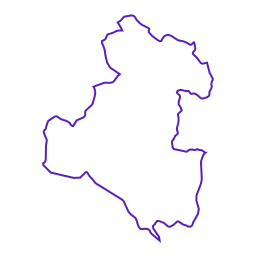 outline of Karlovacka
{"feature_id": "HRV-1583", "entity_name": "Karlovacka", "entity_type": "County", "adm_level": 1, "iso_a3": "HRV", "parent_name": "Croatia", "parent_adm1": "", "projection": "orthographic", "projection_center": [15.498, 45.287], "detail": "fine", "context": "isolated", "style": "outline", "palette": "violet", "viewbox_px": 256, "rotation_deg": 0, "n_neighbors": 0, "source": "natural_earth", "source_scale": "10m", "svg_char_len": 3503}
<svg xmlns="http://www.w3.org/2000/svg" viewBox="0 0 256 256"><path d="M205.4,152.8L203.4,154.7L201.2,160.7L201.0,162.8L201.8,179.2L201.0,183.5L196.5,195.4L196.4,200.6L198.8,208.9L198.0,213.8L193.2,222.3L192.3,225.2L192.2,225.3L190.6,226.6L189.3,226.6L187.9,226.5L187.0,225.8L186.3,225.5L183.4,224.7L178.9,221.7L177.9,221.4L177.1,221.6L173.5,224.9L172.3,225.6L169.7,226.8L168.1,226.5L163.9,222.9L159.7,221.3L158.0,220.9L156.8,221.2L154.9,224.1L154.3,224.7L153.8,225.2L153.3,225.7L153.0,226.2L153.0,227.1L153.3,228.3L154.0,229.6L159.0,236.8L159.6,240.6L152.0,234.2L150.7,232.7L150.1,231.6L149.7,230.6L148.9,229.7L147.5,229.0L145.1,228.7L142.1,229.1L141.3,229.1L140.4,228.7L139.6,228.1L138.6,226.4L137.9,224.8L136.4,219.8L135.8,218.6L134.9,217.5L130.9,214.4L128.7,212.0L127.8,210.3L123.9,201.6L123.1,200.6L122.5,199.9L96.4,183.7L95.3,182.8L94.3,181.7L93.1,179.9L92.4,179.0L90.7,177.5L89.6,176.2L88.7,174.8L88.0,173.6L87.1,172.3L86.3,172.0L85.1,172.8L80.2,177.6L73.7,177.9L50.8,172.6L43.7,165.5L43.3,164.6L43.2,163.2L44.1,162.7L44.7,162.1L45.3,161.3L45.7,160.1L46.0,145.8L46.8,140.3L46.4,138.9L45.8,137.3L44.9,135.6L43.9,132.8L43.8,131.4L44.3,130.3L44.9,129.8L45.5,129.3L45.7,128.8L46.1,127.8L46.3,126.3L47.4,122.9L48.4,120.8L55.3,116.3L56.1,116.3L57.2,116.5L58.8,117.8L61.1,119.2L66.6,121.0L68.7,122.2L70.1,123.4L70.5,124.5L72.1,125.8L72.8,126.1L73.3,126.1L75.8,121.7L76.5,120.6L77.2,120.1L83.4,117.5L84.7,116.2L85.3,114.9L85.1,112.5L85.2,111.7L85.6,110.7L86.7,109.6L90.4,106.3L91.7,105.0L92.5,103.7L94.2,98.3L94.8,95.7L95.1,94.3L95.2,93.1L95.2,91.7L94.8,89.7L94.1,87.7L93.5,86.7L104.3,82.7L110.6,82.8L112.8,82.2L114.4,80.6L117.9,75.8L119.8,74.2L110.1,67.6L107.3,62.9L105.7,56.9L104.6,49.7L103.5,46.4L102.1,43.4L101.9,41.1L104.3,39.9L105.7,38.7L106.4,36.6L107.5,34.5L113.2,32.7L115.6,31.4L118.2,30.5L122.2,30.5L121.2,28.1L118.0,22.9L117.7,22.4L120.5,20.8L124.0,16.7L131.3,15.4L133.2,15.7L134.2,16.3L135.1,17.3L136.6,19.9L139.5,22.9L141.5,24.6L148.1,27.9L149.1,28.6L149.2,29.2L148.9,30.1L148.8,31.0L148.8,31.7L149.2,32.7L152.6,36.3L157.7,40.1L159.7,41.1L161.2,41.0L163.0,37.8L163.6,37.0L164.6,36.0L166.0,35.3L168.2,35.0L169.8,35.3L171.0,35.7L178.1,40.3L183.2,41.3L185.1,41.9L186.9,42.8L189.1,44.2L190.3,44.7L191.3,44.7L191.8,44.3L193.7,42.3L194.1,42.4L194.3,42.9L195.3,48.1L195.2,49.5L194.5,50.7L193.4,51.8L192.8,52.9L193.1,54.2L195.9,56.7L197.0,57.9L200.7,62.9L201.5,63.4L202.5,63.7L204.5,63.3L207.0,62.7L209.8,73.4L210.9,75.0L211.8,76.9L212.8,78.5L212.7,79.8L212.0,81.4L211.6,82.5L211.3,84.4L211.8,86.7L211.4,88.1L209.4,92.1L209.4,94.7L208.7,96.1L207.4,97.1L203.5,98.4L202.0,98.6L200.8,98.1L199.8,97.3L198.2,95.8L196.4,94.5L194.8,93.6L193.5,93.5L191.5,93.8L190.5,93.6L189.3,91.7L188.4,91.0L185.9,91.1L180.7,89.8L178.1,90.6L177.1,91.6L176.9,92.6L177.7,93.5L179.5,95.3L180.0,96.2L180.0,97.3L178.7,101.8L178.6,103.2L178.7,104.2L179.2,105.1L180.3,106.9L181.0,108.1L181.6,109.7L181.6,110.4L181.4,110.9L178.4,113.5L178.0,114.7L178.1,116.0L178.4,117.3L178.6,118.8L178.6,120.5L178.4,122.2L178.1,123.8L177.2,127.1L176.9,128.5L177.0,129.8L177.3,131.0L177.7,132.0L177.9,133.2L177.6,133.9L175.0,136.1L174.3,138.0L173.0,140.1L172.1,141.1L171.9,142.1L172.1,143.4L172.4,144.9L172.6,147.1L173.1,148.4L173.7,149.0L186.4,151.7L186.9,151.6L187.4,151.4L188.5,150.3L189.1,149.9L189.8,149.6L192.5,149.6L193.8,149.8L194.5,150.1L195.2,150.1L197.0,149.2L197.4,149.2L197.9,149.3L198.4,149.6L198.9,149.9L199.5,150.0L200.4,150.0L201.2,150.1L202.0,150.4L205.3,152.8L205.4,152.8Z" fill="none" stroke="#5b21b6" stroke-width="2"/></svg>